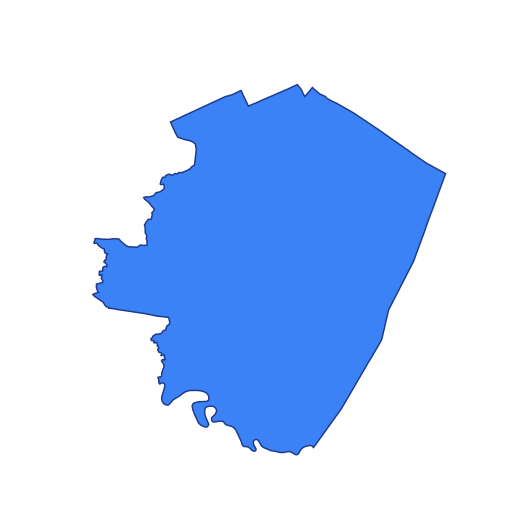 Bang Nam Priao, Chachoengsao, Thailand, rotated 118°
{"feature_id": "78962969B57123874810326", "entity_name": "Bang Nam Priao", "entity_type": "district", "adm_level": 2, "iso_a3": "THA", "parent_name": "Thailand", "parent_adm1": "Chachoengsao", "projection": "orthographic", "projection_center": [101.053, 13.869], "detail": "fine", "context": "isolated", "style": "filled", "palette": "blue", "viewbox_px": 512, "rotation_deg": 118, "n_neighbors": 0, "source": "geoboundaries", "source_scale": "gbopen_adm2", "svg_char_len": 6113}
<svg xmlns="http://www.w3.org/2000/svg" viewBox="0 0 512 512"><g transform="rotate(118 256 256)"><path d="M398.1,115.3L350.7,108.9L295.8,106.8L294.1,106.6L277.2,105.9L271.5,105.8L270.0,106.0L263.9,107.6L262.0,108.2L260.0,108.5L258.1,109.2L241.3,113.6L186.7,114.4L153.4,119.0L142.2,120.8L132.8,121.9L94.3,127.3L94.0,149.5L91.9,167.8L91.5,169.5L91.1,172.9L91.0,174.8L90.6,176.8L90.6,177.9L90.4,178.5L89.9,183.1L89.5,185.9L89.2,189.0L87.1,205.7L84.2,233.7L83.8,239.4L83.6,246.3L83.3,257.4L83.6,260.4L83.5,268.0L83.4,268.5L82.7,269.3L82.6,269.7L83.0,275.8L81.4,283.1L80.7,285.3L92.2,287.6L90.6,290.6L89.0,292.4L87.9,294.0L86.9,295.9L85.8,299.1L85.2,299.7L86.9,301.2L93.9,306.5L101.0,312.2L102.0,313.1L102.5,313.4L109.5,318.9L110.0,319.5L112.4,321.2L115.0,323.4L121.6,328.4L123.3,330.0L127.3,333.1L125.2,335.8L116.9,346.9L124.8,352.8L126.2,354.1L129.2,357.5L130.3,358.4L177.8,394.4L185.2,384.9L187.8,380.9L186.7,373.8L185.2,368.1L184.9,364.6L185.6,362.3L185.9,361.9L190.2,358.6L204.3,353.1L206.4,354.0L208.0,354.9L209.4,355.0L210.1,355.2L211.6,356.3L212.7,356.9L215.4,359.1L216.8,360.1L217.7,361.4L218.0,362.6L218.4,363.1L220.7,364.3L221.0,365.8L221.3,366.3L221.9,366.7L223.3,367.2L224.2,368.1L224.5,368.9L224.4,370.6L224.8,371.5L227.0,373.3L227.4,373.4L228.6,373.0L228.9,373.1L229.3,373.5L229.8,374.8L230.2,375.1L231.7,375.4L234.2,375.2L237.2,374.4L237.6,374.0L237.5,373.2L237.3,372.8L236.1,371.6L236.0,371.2L236.1,370.7L238.6,369.2L239.8,368.9L240.7,369.0L242.2,369.7L243.9,370.6L245.3,371.8L246.6,373.5L247.3,374.1L250.1,374.5L251.3,375.2L254.3,378.4L255.2,380.8L257.1,382.6L258.2,380.8L258.6,377.9L259.0,376.4L260.0,373.5L261.1,371.4L262.0,368.2L262.3,367.7L263.1,367.6L264.1,367.8L265.1,367.6L265.5,367.7L266.4,368.2L266.9,368.2L267.8,367.2L268.5,366.9L272.6,365.8L273.1,366.1L273.8,367.9L274.5,368.5L275.7,368.5L277.1,368.9L281.0,369.0L281.4,368.8L282.1,367.8L282.6,367.5L285.7,365.6L286.6,365.3L287.5,364.7L288.9,362.4L289.6,361.8L291.2,361.4L292.8,360.6L293.9,359.3L297.7,357.2L299.6,360.5L300.1,362.3L300.7,363.3L301.1,363.7L302.5,364.1L303.9,365.0L304.2,365.4L307.6,372.8L307.7,373.4L307.8,375.8L306.5,382.3L305.4,384.6L305.5,385.3L306.3,387.4L307.5,389.2L307.8,390.4L309.6,392.5L311.1,395.1L314.2,401.6L314.8,403.7L315.2,404.6L316.3,406.2L318.1,405.5L320.1,405.5L320.5,405.3L320.5,404.2L320.2,403.6L319.7,403.0L319.4,402.2L319.5,401.7L320.4,400.7L321.2,397.0L321.3,395.6L321.0,393.2L321.5,392.8L322.6,392.4L322.9,392.1L324.1,390.9L324.2,389.9L323.7,387.8L324.5,387.8L325.2,388.3L325.4,388.3L327.4,387.8L328.7,386.9L329.5,386.7L330.0,386.9L330.6,387.5L330.8,387.6L332.7,387.5L332.8,387.3L332.9,385.7L333.7,383.8L334.8,382.9L335.4,382.7L335.7,382.9L336.0,383.2L335.9,384.2L336.0,384.6L336.8,385.4L337.4,385.6L338.1,385.7L341.0,384.4L341.4,384.4L341.6,384.5L342.7,386.8L343.1,387.0L344.1,386.5L345.0,386.3L346.6,385.2L346.5,384.7L345.0,383.4L345.0,382.9L348.2,382.2L348.6,381.8L349.2,380.4L349.8,379.7L350.1,379.5L351.1,379.4L351.4,379.0L355.7,383.7L358.8,382.1L361.2,379.6L362.1,378.5L362.1,378.1L366.0,381.7L366.3,381.9L366.7,381.9L367.5,379.1L368.6,369.0L370.2,366.6L370.9,364.9L370.9,363.8L370.6,362.0L370.8,361.7L371.2,361.5L368.9,355.6L367.9,352.1L358.5,325.5L355.6,315.4L351.2,304.3L352.3,303.3L353.5,302.4L353.9,301.8L354.4,301.3L355.6,301.0L356.9,300.5L357.4,300.6L358.2,301.2L360.2,301.9L361.4,301.5L362.4,301.5L363.3,300.8L363.5,300.8L363.8,301.0L365.1,302.6L365.5,302.9L367.1,303.0L369.2,303.4L371.0,305.8L372.0,307.7L374.1,308.7L375.0,309.4L375.6,309.4L376.5,309.1L376.8,309.1L377.4,309.4L377.9,310.0L378.8,309.5L379.4,309.3L379.6,308.9L379.6,308.2L378.6,306.4L378.6,306.2L380.4,305.7L380.5,305.3L380.1,304.1L379.0,303.5L378.9,303.0L380.3,301.4L380.6,301.3L381.3,301.4L381.5,301.3L382.0,300.4L382.1,299.5L382.4,298.8L382.8,298.7L384.4,298.9L385.3,298.4L386.5,296.6L386.5,296.1L386.0,295.1L386.0,294.4L386.1,293.9L386.8,293.4L388.1,293.3L388.5,293.1L388.4,292.7L387.6,292.2L386.9,291.3L386.4,290.6L386.3,290.4L388.7,289.2L389.0,288.9L389.7,287.8L390.2,287.6L390.5,287.7L390.8,288.0L391.0,289.3L391.3,289.8L391.9,290.2L392.9,290.2L393.2,290.0L393.5,289.5L393.9,288.4L394.8,286.9L397.0,285.1L399.3,285.0L403.8,284.2L406.2,283.0L406.7,283.0L407.7,283.6L408.7,285.3L409.0,285.5L409.5,285.4L411.3,283.4L412.1,283.1L412.4,282.4L413.6,282.2L414.2,280.8L412.4,279.8L411.9,279.0L411.7,278.3L411.7,277.5L411.9,277.0L412.4,276.3L413.1,275.7L414.7,275.1L424.9,273.0L426.8,272.0L428.4,270.5L429.0,269.5L429.6,268.2L429.8,266.8L429.5,264.8L429.1,264.1L428.3,263.2L427.6,263.0L421.8,261.6L415.6,257.9L413.1,256.8L409.5,254.9L408.0,253.7L405.9,251.4L404.4,248.8L402.0,244.1L401.1,241.9L400.5,239.7L400.2,237.8L400.1,236.5L400.4,234.9L401.2,233.0L402.1,232.0L403.4,230.9L404.8,230.4L405.8,230.4L406.7,230.6L407.6,231.4L411.3,237.7L412.8,239.6L414.5,241.3L415.4,242.0L415.9,242.1L417.3,242.2L418.5,241.9L421.3,239.7L425.0,235.4L429.8,229.2L430.5,228.0L430.8,227.2L431.2,225.3L431.3,223.8L430.9,221.1L430.7,220.3L430.2,219.2L429.5,218.8L428.9,218.6L427.2,218.6L426.3,219.2L422.9,223.6L420.5,226.2L419.3,227.1L416.5,228.8L415.3,229.2L414.2,229.3L412.9,229.0L411.9,228.3L411.3,227.7L410.0,225.9L409.0,223.6L408.8,222.4L409.2,220.6L410.1,218.9L411.3,218.2L412.3,217.8L413.7,217.7L415.9,218.0L418.8,219.0L419.8,219.1L421.1,218.6L422.2,217.6L422.5,217.1L422.6,216.1L422.3,215.1L418.5,210.0L417.9,208.8L417.6,207.9L417.8,206.4L418.9,204.2L419.0,203.3L418.9,202.0L418.2,199.0L417.9,197.3L417.9,195.6L418.2,194.3L419.2,191.9L426.5,182.2L428.8,179.9L429.3,179.3L429.7,178.3L429.8,177.1L428.6,174.4L428.4,173.0L428.5,171.6L429.5,168.2L429.5,167.1L429.2,166.0L428.6,165.3L427.8,165.0L427.0,165.1L426.3,165.5L425.9,166.0L424.3,168.6L423.2,169.9L422.4,170.6L421.0,171.2L419.7,171.2L418.6,170.6L418.0,169.9L417.6,168.8L417.8,167.5L418.7,165.6L420.8,162.6L421.2,161.8L421.5,160.3L421.5,158.2L421.2,155.7L420.9,151.6L419.1,146.2L418.1,142.3L416.6,139.5L413.8,136.1L412.9,134.4L412.6,132.7L412.8,128.8L412.8,127.8L412.6,127.2L411.9,126.3L410.8,125.7L407.2,125.6L405.1,125.3L403.8,124.8L402.5,124.2L401.8,123.7L399.3,121.3L397.7,119.0L397.5,118.1L397.5,116.8L398.1,115.3Z" fill="#3b82f6" stroke="#1e3a8a" stroke-width="1.5"/></g></svg>